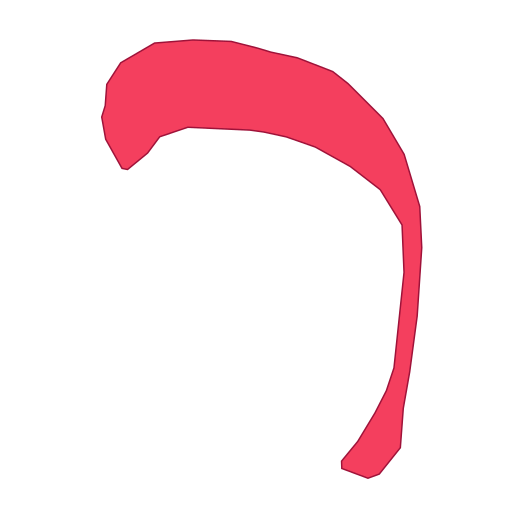 outline of Lekinoch, Federated States of Micronesia, rotated 275°
{"feature_id": "79324940B50193929074024", "entity_name": "Lekinoch", "entity_type": "district", "adm_level": 2, "iso_a3": "FSM", "parent_name": "Federated States of Micronesia", "parent_adm1": "", "projection": "natural_earth1", "projection_center": [153.813, 5.505], "detail": "fine", "context": "isolated", "style": "filled", "palette": "rose", "viewbox_px": 512, "rotation_deg": 275, "n_neighbors": 0, "source": "geoboundaries", "source_scale": "gbopen_adm2", "svg_char_len": 677}
<svg xmlns="http://www.w3.org/2000/svg" viewBox="0 0 512 512"><g transform="rotate(275 256 256)"><path d="M380.9,238.9L380.2,252.8L377.3,275.8L369.7,305.6L353.4,342.1L332.9,374.0L299.6,398.8L252.5,404.9L156.5,403.2L133.1,397.6L110.0,388.2L80.1,373.5L59.1,359.1L51.8,360.0L44.4,386.9L49.5,397.8L77.6,416.5L117.1,416.0L153.8,419.2L210.2,421.8L278.7,420.4L319.6,414.8L370.2,394.7L404.0,370.5L435.7,332.7L446.4,316.4L457.0,280.0L460.4,253.0L463.2,239.5L467.6,212.6L465.7,174.4L459.3,136.4L436.7,104.4L414.0,92.4L392.6,92.7L381.0,90.2L359.2,96.1L331.6,114.9L331.0,120.5L349.1,139.0L366.4,149.7L378.3,176.8L380.9,238.9Z" fill="#f43f5e" stroke="#9f1239" stroke-width="1.5"/></g></svg>